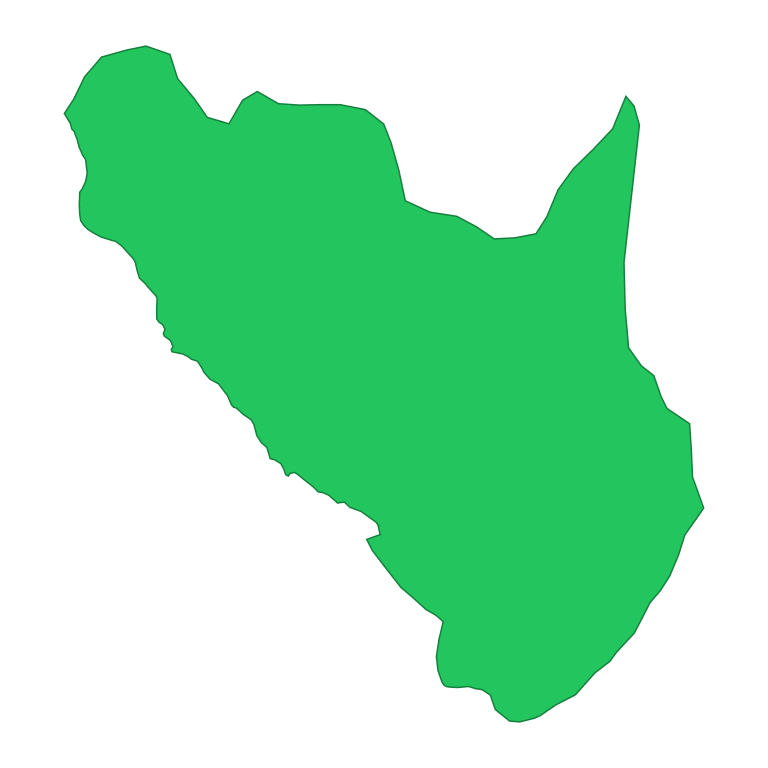 Mayo-Boneye, Mayo-Kebbi Est, Chad
{"feature_id": "50815135B64807508580818", "entity_name": "Mayo-Boneye", "entity_type": "district", "adm_level": 2, "iso_a3": "TCD", "parent_name": "Chad", "parent_adm1": "Mayo-Kebbi Est", "projection": "albers", "projection_center": [15.551, 10.251], "detail": "fine", "context": "isolated", "style": "filled", "palette": "green", "viewbox_px": 768, "rotation_deg": 0, "n_neighbors": 0, "source": "geoboundaries", "source_scale": "gbopen_adm2", "svg_char_len": 3346}
<svg xmlns="http://www.w3.org/2000/svg" viewBox="0 0 768 768"><path d="M625.9,96.4L612.6,128.9L592.5,150.1L573.4,168.7L558.1,189.7L546.9,216.6L536.0,233.8L514.6,237.9L494.2,238.9L476.5,226.8L456.7,216.3L430.0,212.2L405.3,200.8L398.8,170.2L391.0,142.6L383.7,124.0L365.4,109.7L340.3,104.7L318.9,104.7L299.2,105.1L278.4,103.7L257.3,91.5L242.6,100.2L229.0,123.8L207.3,117.4L194.4,98.8L177.6,78.6L169.9,54.4L145.9,46.1L126.8,50.0L101.5,57.1L84.5,77.0L73.9,98.9L64.3,113.6L64.7,114.0L66.6,117.2L70.2,123.2L70.4,123.7L71.9,129.2L74.1,131.4L75.6,135.5L77.2,139.7L78.2,143.5L79.2,147.4L81.0,151.3L82.7,155.3L83.5,156.4L85.6,159.6L87.2,173.2L86.2,178.6L85.6,181.5L84.3,184.2L83.9,185.3L82.4,188.5L81.3,190.1L79.7,192.3L79.6,196.8L79.5,200.7L79.4,201.7L79.3,205.2L79.7,213.5L79.8,214.8L80.7,220.8L82.1,222.8L82.9,224.0L84.0,225.7L88.2,229.6L91.1,231.4L92.1,232.1L94.5,233.5L101.1,237.0L112.2,240.5L114.9,241.1L115.6,241.3L121.8,246.0L123.5,247.9L133.7,259.2L135.4,262.8L136.2,266.3L136.5,267.7L137.7,272.5L139.5,278.2L140.6,279.2L144.5,282.9L145.7,284.0L145.8,284.2L148.2,287.3L152.2,291.7L155.9,295.8L156.0,295.8L157.1,298.6L157.0,301.3L156.7,308.9L156.8,319.0L158.9,322.0L162.4,324.5L162.7,324.8L163.5,326.2L164.9,329.2L163.7,332.7L163.4,333.6L163.4,333.8L164.3,336.0L166.4,337.6L170.6,340.7L172.0,344.3L172.1,344.6L172.9,346.6L172.3,347.7L171.2,349.6L171.4,350.0L172.1,351.8L172.6,351.9L181.9,353.8L182.0,353.8L183.0,354.1L188.0,356.6L189.7,357.9L191.4,359.2L192.1,359.4L196.0,360.7L197.5,361.3L199.7,364.6L200.0,365.1L201.7,367.7L202.6,369.5L203.8,372.1L206.5,375.2L210.1,379.3L218.5,383.8L227.5,395.7L230.8,403.3L231.4,404.7L231.6,404.9L233.6,407.3L235.0,407.6L235.3,407.7L236.1,407.8L240.6,411.9L241.4,412.6L241.7,413.0L243.4,414.5L248.4,417.9L250.9,419.6L252.5,422.1L253.9,424.4L256.8,435.5L261.2,442.5L263.1,444.2L264.0,444.9L266.9,447.6L267.7,450.2L269.4,455.8L270.2,458.7L272.8,459.3L273.9,459.5L274.2,459.6L279.1,462.5L280.9,463.7L282.7,467.0L283.9,469.3L284.7,471.8L285.3,473.4L285.7,474.7L285.8,474.8L288.3,476.1L289.9,473.5L291.4,473.1L292.1,473.0L294.4,472.4L295.9,473.3L297.1,474.0L301.4,477.4L304.9,480.3L308.0,482.7L308.9,483.4L309.9,484.2L313.6,487.2L315.0,488.6L317.7,491.4L318.3,491.9L322.9,492.6L328.8,495.2L330.5,496.8L334.8,500.5L337.5,503.0L344.3,502.1L345.1,502.8L349.3,506.8L350.0,507.4L358.2,510.4L358.3,510.4L359.3,510.8L361.1,511.4L366.3,515.1L370.6,518.3L375.7,521.9L376.9,523.4L377.8,524.5L378.4,525.2L378.5,525.3L378.2,525.3L378.2,526.1L379.2,530.6L379.3,531.0L379.4,531.4L379.5,531.9L379.8,533.4L380.0,533.8L380.4,534.5L376.2,536.0L366.7,539.4L372.5,550.7L387.2,569.9L400.9,587.4L413.3,598.0L426.1,609.6L436.0,615.3L443.2,621.6L439.0,639.4L436.4,656.6L438.0,670.6L442.0,682.1L444.4,685.5L447.0,686.7L450.2,687.1L457.6,687.5L468.6,686.5L475.7,688.7L482.0,689.6L490.3,695.0L495.3,709.5L497.5,711.3L509.5,721.0L514.6,721.5L519.7,721.9L534.8,718.1L540.4,715.5L546.6,711.2L556.0,704.8L575.4,694.8L594.9,672.9L610.0,661.2L611.2,659.5L616.6,652.1L634.2,633.2L642.9,616.6L646.4,609.7L649.9,602.8L660.5,590.4L669.6,576.2L678.6,554.8L684.8,535.0L694.0,522.0L703.7,508.1L692.5,476.9L692.0,465.7L691.3,449.7L689.6,423.7L674.9,413.8L669.2,410.0L667.2,408.5L666.3,407.2L661.2,396.8L653.8,375.6L641.4,365.9L628.6,347.8L625.2,309.3L624.0,262.3L639.4,125.1L634.0,106.0L625.9,96.4Z" fill="#22c55e" stroke="#15803d" stroke-width="1.5"/></svg>